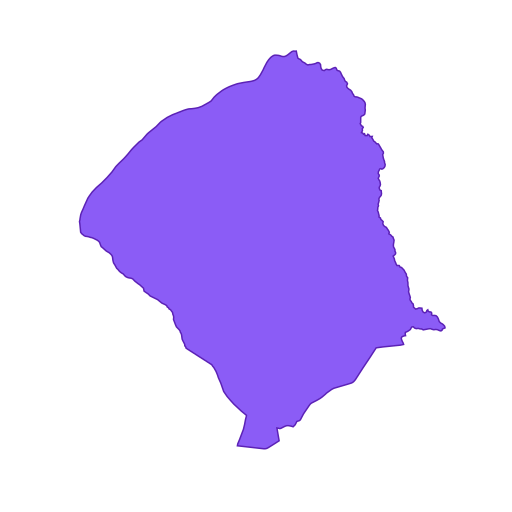 Mwea, Central, Kenya (Natural Earth projection), rotated 344°
{"feature_id": "3690345B50229507526225", "entity_name": "Mwea", "entity_type": "district", "adm_level": 2, "iso_a3": "KEN", "parent_name": "Kenya", "parent_adm1": "Central", "projection": "natural_earth1", "projection_center": [37.398, -0.655], "detail": "fine", "context": "isolated", "style": "filled", "palette": "violet", "viewbox_px": 512, "rotation_deg": 344, "n_neighbors": 0, "source": "geoboundaries", "source_scale": "gbopen_adm2", "svg_char_len": 6061}
<svg xmlns="http://www.w3.org/2000/svg" viewBox="0 0 512 512"><g transform="rotate(344 256 256)"><path d="M393.3,160.0L392.6,157.5L393.4,156.6L394.9,151.5L395.8,150.7L396.9,150.5L398.3,150.3L399.7,149.5L401.3,145.8L401.6,143.8L402.9,140.4L403.0,138.6L402.7,137.4L402.2,136.3L401.5,134.9L400.7,133.9L399.7,133.1L398.5,132.2L397.6,131.4L396.5,130.8L395.1,130.3L394.2,129.1L394.2,127.8L393.6,126.4L393.4,124.4L392.6,122.6L391.3,121.2L390.5,120.1L389.9,118.9L390.0,117.3L391.4,115.7L391.1,113.9L390.1,112.9L389.7,111.6L389.6,109.6L389.0,108.3L388.6,107.1L388.1,104.3L387.9,102.7L387.3,101.3L385.8,100.4L385.0,99.5L384.9,97.6L384.1,96.6L382.8,96.6L381.2,96.8L379.6,97.2L378.0,97.2L376.6,96.7L375.5,96.0L374.2,96.0L372.7,96.6L370.9,95.6L370.3,93.6L370.4,91.9L370.8,89.8L370.3,88.2L369.3,87.3L368.1,87.0L366.9,87.3L365.2,87.4L361.6,87.1L360.4,86.7L359.1,86.7L358.1,86.4L357.2,85.5L356.2,84.0L354.1,82.0L352.9,79.4L351.8,78.5L350.8,77.4L350.9,73.4L351.2,70.1L350.1,69.9L348.5,69.3L346.8,69.4L345.0,70.1L342.2,71.3L341.0,71.7L339.7,72.0L338.5,72.1L337.2,71.8L336.2,71.4L335.2,70.8L334.1,70.0L332.8,69.3L331.0,68.6L329.5,68.1L328.1,68.1L327.0,68.4L325.5,68.9L324.2,69.6L322.2,70.9L319.8,72.9L315.7,77.2L314.0,79.2L310.1,83.1L307.6,85.1L306.4,85.8L304.8,86.4L302.9,86.8L300.4,86.8L298.8,86.7L292.0,85.8L286.1,85.3L284.8,85.3L281.2,85.5L277.9,85.8L276.3,86.0L273.5,86.5L270.4,87.2L268.8,87.7L263.6,89.7L262.1,90.4L259.5,91.8L255.6,94.6L253.4,95.3L245.3,97.2L241.2,97.5L238.0,97.2L234.8,96.7L232.1,96.1L230.8,96.0L228.6,96.0L226.4,96.1L214.7,97.2L208.9,98.3L202.2,100.5L200.7,101.2L195.7,104.1L189.3,106.8L186.7,107.9L184.9,108.8L178.5,113.0L175.0,114.2L168.4,117.8L165.6,119.5L161.0,122.7L157.9,124.7L155.4,126.2L149.9,129.1L147.3,130.6L145.8,131.5L140.6,135.6L134.5,139.5L127.7,143.3L121.5,146.2L116.1,149.4L112.5,152.2L110.3,154.1L105.0,160.3L102.7,163.2L100.3,166.0L98.9,168.0L97.2,171.5L96.7,172.7L95.8,174.3L95.6,176.2L94.4,182.7L94.0,184.8L94.6,186.5L95.6,187.9L96.5,189.2L97.6,190.1L98.9,190.6L100.6,191.5L102.0,192.5L103.4,193.2L104.9,194.4L107.4,196.7L108.6,198.1L109.4,199.7L109.6,202.9L109.8,204.4L110.6,205.4L113.4,209.9L114.7,211.3L115.8,212.4L116.9,214.2L117.6,215.7L117.8,217.3L117.3,220.5L117.2,222.1L117.2,223.4L118.0,226.2L118.3,227.6L118.7,229.4L119.6,230.9L120.3,232.6L121.1,234.0L122.1,235.3L123.4,236.6L124.1,238.1L124.9,239.7L126.5,241.2L128.0,242.1L129.4,242.7L130.5,243.4L131.3,244.2L131.9,245.4L132.7,246.9L135.1,250.2L136.3,251.6L138.2,254.7L139.0,256.0L138.8,257.8L138.8,259.1L142.0,262.9L143.2,265.2L149.4,270.8L152.5,275.3L155.4,277.8L156.5,279.1L156.6,280.5L157.6,281.6L157.9,283.0L159.0,284.0L160.2,287.3L160.0,289.1L160.2,290.8L160.0,292.2L159.2,294.3L159.4,296.5L159.7,300.2L160.0,302.2L161.8,305.6L162.3,307.0L162.3,308.6L162.7,309.9L162.7,311.5L162.1,315.5L162.3,317.1L162.7,319.0L163.1,321.2L162.8,322.7L163.4,324.1L163.4,325.4L183.5,348.3L184.0,350.0L184.7,351.5L185.2,353.5L185.8,356.1L186.2,359.7L186.3,362.7L187.1,368.3L187.3,371.5L187.6,377.3L188.0,378.5L189.5,383.0L191.8,388.0L193.9,392.3L199.2,401.1L202.9,406.5L202.4,407.7L201.0,410.0L198.6,414.8L196.1,419.2L189.6,427.9L186.7,431.5L185.8,433.3L210.5,443.5L212.1,443.9L213.5,443.9L215.0,443.6L222.3,441.5L227.3,440.0L228.7,427.1L230.2,427.8L231.3,428.5L232.5,428.5L235.5,427.9L237.3,427.6L239.0,427.6L240.6,428.1L241.6,428.6L243.0,429.3L244.6,430.4L247.0,429.1L248.2,427.9L249.6,426.3L252.4,426.2L253.5,425.7L258.0,421.0L259.5,419.7L266.0,414.3L267.5,413.2L268.7,412.7L274.7,411.5L278.0,410.7L280.6,409.8L284.8,407.9L285.8,407.3L291.9,405.1L294.3,404.6L308.5,404.5L312.9,404.4L314.2,404.1L315.4,403.6L317.4,402.3L327.9,393.1L338.3,384.3L346.2,377.4L353.1,378.4L370.3,381.5L373.5,381.7L373.5,380.4L373.2,378.9L372.9,376.8L373.0,374.9L374.2,373.8L376.4,373.6L377.8,373.8L377.9,372.2L378.5,370.6L380.0,370.4L381.6,370.1L384.1,369.2L385.2,368.0L386.4,367.1L387.7,367.4L388.6,369.0L390.0,370.0L392.0,370.3L393.6,371.3L395.1,371.8L396.4,373.1L402.0,373.6L403.6,373.9L405.2,375.1L406.6,375.9L408.3,376.1L409.9,376.7L412.0,378.4L413.1,379.0L414.3,378.7L415.1,377.6L417.9,377.2L418.0,375.5L417.1,373.6L416.2,372.4L415.1,371.4L414.1,369.6L413.9,366.3L413.5,364.5L412.6,363.0L411.2,362.3L409.5,361.9L408.5,360.9L409.2,359.3L408.7,358.0L407.2,357.5L406.3,356.4L406.3,355.1L405.2,355.5L404.5,356.6L403.5,357.1L402.2,357.0L401.1,355.7L400.8,353.8L401.1,351.9L399.7,351.3L398.2,350.8L396.5,351.1L394.8,351.0L393.3,348.6L393.7,347.1L393.8,345.3L393.0,344.2L392.7,342.6L392.1,341.1L392.1,339.8L392.9,338.5L392.9,336.8L392.8,334.6L392.8,332.5L393.5,331.0L393.9,329.9L393.9,328.2L393.9,326.4L394.7,323.4L394.8,321.4L395.2,320.2L395.8,318.7L395.1,316.9L395.5,314.8L394.9,312.9L394.6,311.3L394.2,309.8L393.4,308.5L392.8,307.2L391.3,306.2L391.1,304.7L390.1,304.3L388.9,304.0L388.5,302.6L388.4,301.1L388.0,298.7L388.2,296.9L387.8,293.9L389.9,293.0L390.8,292.3L391.2,291.0L390.9,289.7L391.3,288.3L391.1,286.7L390.7,285.4L390.9,284.0L391.4,282.5L392.2,280.9L393.1,278.8L392.9,276.9L392.9,275.5L392.0,274.5L391.5,273.3L390.8,272.3L389.8,271.3L390.7,269.9L390.3,267.8L389.8,266.5L389.2,264.4L387.9,263.2L387.0,261.7L386.8,259.8L387.7,258.0L386.9,256.5L386.1,255.3L386.1,253.7L385.0,252.5L385.5,250.9L385.5,249.4L385.6,247.5L385.3,245.8L385.9,244.6L386.5,242.8L387.6,241.5L387.7,239.8L388.7,238.3L389.7,236.5L389.8,235.0L390.9,233.7L392.3,232.8L393.2,232.0L393.9,230.5L394.1,229.1L394.4,227.7L393.4,226.9L393.1,225.3L393.4,223.9L394.5,222.9L395.3,221.7L395.6,219.6L395.6,217.9L395.1,216.3L394.9,215.0L396.6,213.0L396.7,211.7L396.2,210.5L396.9,208.7L398.0,207.6L398.8,206.5L400.1,206.4L400.9,207.2L402.0,207.1L403.7,206.3L404.8,205.1L405.4,203.6L405.3,201.8L405.6,200.4L405.4,198.6L405.4,196.7L405.7,193.5L406.8,192.3L407.1,191.0L406.0,188.1L405.8,186.9L405.1,184.2L404.8,183.0L404.3,181.8L402.9,181.4L402.0,179.4L400.8,177.9L400.5,176.2L399.9,174.3L400.7,173.1L399.6,172.9L398.5,172.6L398.2,171.2L397.1,169.8L396.0,170.9L394.1,170.3L394.0,168.4L392.9,168.6L392.5,167.3L391.4,166.5L392.9,164.8L393.2,163.0L394.5,162.0L394.3,160.8L393.3,160.0Z" fill="#8b5cf6" stroke="#5b21b6" stroke-width="1.5"/></g></svg>